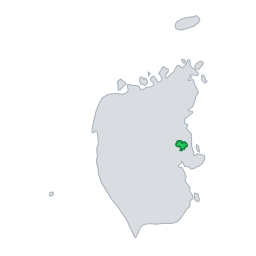 Cheongyang-gun, South Chungcheong, South Korea (highlighted), rotated 178°
{"feature_id": "91817680B7861346133014", "entity_name": "Cheongyang-gun", "entity_type": "district", "adm_level": 2, "iso_a3": "KOR", "parent_name": "South Korea", "parent_adm1": "South Chungcheong", "projection": "mercator", "projection_center": [126.839, 36.437], "detail": "fine", "context": "in_parent", "style": "filled", "palette": "green", "viewbox_px": 256, "rotation_deg": 178, "n_neighbors": 0, "source": "geoboundaries", "source_scale": "gbopen_adm2", "svg_char_len": 3948}
<svg xmlns="http://www.w3.org/2000/svg" viewBox="0 0 256 256"><g transform="rotate(178 128 128)"><path d="M67.7,53.2L68.7,52.5L68.8,51.3L68.8,47.6L71.7,45.1L75.8,39.8L77.8,36.9L80.1,34.1L82.7,32.3L85.3,31.5L89.4,31.1L97.2,31.5L98.8,31.1L104.2,30.9L105.5,31.3L109.4,31.6L113.8,31.3L116.0,30.5L118.1,29.2L119.9,26.8L121.7,22.3L123.7,18.8L124.8,18.1L132.9,36.8L140.5,48.9L147.0,57.6L156.4,74.2L159.1,83.1L159.3,88.6L160.9,96.1L159.6,100.4L160.0,107.2L159.4,110.7L158.2,113.2L158.2,118.1L158.6,120.8L158.6,124.2L159.3,125.6L160.4,126.1L162.1,124.8L164.1,124.3L163.8,128.5L161.3,139.0L159.1,146.6L156.1,153.3L152.4,159.3L147.9,161.7L144.7,162.6L138.7,162.9L133.6,161.8L129.3,162.6L127.6,163.9L126.3,166.0L127.2,169.4L127.1,171.8L125.3,171.6L121.6,170.2L117.6,170.0L115.7,169.3L113.7,165.8L111.8,165.9L108.4,168.0L103.2,168.4L101.4,169.6L100.7,171.0L101.5,172.9L104.1,175.3L103.2,177.8L100.5,179.0L98.3,176.0L96.9,173.0L95.4,172.9L93.0,173.7L92.5,176.9L93.6,179.1L95.5,181.6L92.9,184.5L92.2,186.6L90.4,188.1L85.4,184.8L86.1,182.4L88.3,180.2L88.6,177.8L87.9,176.4L80.8,182.3L76.4,189.0L74.0,188.5L73.1,186.8L71.7,186.1L67.0,190.4L66.1,193.9L64.4,194.0L63.6,192.5L63.6,189.4L62.7,186.8L57.9,183.0L55.6,179.7L56.8,177.8L60.9,178.8L64.2,178.7L63.5,177.1L62.5,176.4L64.6,175.5L66.4,173.7L64.9,173.2L62.6,174.2L60.7,173.7L60.0,169.3L57.7,164.8L56.5,160.5L58.8,157.9L59.9,154.0L62.0,148.3L63.1,146.5L66.0,145.2L67.1,143.7L65.5,142.9L62.9,142.3L63.0,140.6L64.7,139.7L66.7,137.9L70.5,135.7L71.6,131.5L70.6,130.5L68.2,129.5L68.7,127.4L69.7,125.8L69.3,124.8L66.5,122.1L64.7,119.6L65.2,116.8L64.8,112.5L65.1,108.9L64.9,106.9L63.6,102.5L62.9,98.1L61.1,98.7L59.7,99.8L54.5,98.3L52.9,98.2L52.2,94.9L54.1,90.8L58.5,87.2L61.0,86.8L62.9,85.2L65.9,84.7L69.5,87.2L72.7,87.6L74.5,91.8L75.6,92.7L75.8,91.2L78.4,89.4L79.0,88.0L78.4,87.3L75.4,86.5L72.8,81.3L72.4,79.0L71.4,77.6L72.9,73.4L69.8,68.6L68.3,67.1L68.5,62.8L66.9,60.1L66.0,58.6L65.4,56.0L65.9,54.8L67.3,54.3L67.7,53.2ZM57.7,237.0L56.2,237.9L54.8,237.4L54.5,237.0L52.8,234.7L52.4,233.6L53.5,231.4L58.0,227.7L69.8,224.2L71.9,224.1L76.5,225.6L77.5,228.4L76.6,230.8L75.6,232.4L70.2,235.1L66.0,236.4L57.7,237.0ZM136.9,174.7L133.8,177.2L129.6,173.8L128.6,172.0L131.8,169.3L134.5,166.3L136.2,166.1L136.9,174.7ZM114.7,174.4L114.3,178.3L112.0,178.5L110.6,176.0L109.2,177.2L108.4,177.2L107.2,174.1L107.0,171.7L109.8,169.8L111.4,170.9L113.8,171.5L114.7,174.4ZM54.6,191.7L52.5,192.4L51.3,191.0L50.5,190.6L51.0,188.8L54.4,185.3L55.1,184.1L58.2,184.8L59.4,186.7L57.9,189.5L54.6,191.7ZM64.0,55.1L63.9,60.6L62.1,60.4L60.8,59.8L60.3,58.7L59.1,53.7L60.4,51.6L63.1,53.2L64.0,55.1ZM52.6,177.4L52.2,178.3L50.7,178.1L49.3,175.3L48.7,173.1L47.2,171.9L49.5,170.0L52.5,173.4L52.6,177.4ZM60.6,106.3L60.2,108.9L58.0,107.2L57.4,101.4L59.6,103.1L60.6,106.3ZM208.2,65.8L206.7,67.0L205.0,65.8L204.7,64.5L205.7,63.4L207.8,62.7L208.8,63.7L208.2,65.8ZM71.6,192.8L72.2,194.7L69.5,194.3L68.1,192.5L68.3,191.0L69.9,190.7L71.6,192.8ZM106.0,182.0L105.6,183.2L103.9,181.4L105.6,179.3L106.0,182.0Z" fill="#d9dde1" stroke="#a8b0b8" stroke-width="1"/><path d="M76.5,103.8L75.4,103.5L74.6,103.8L74.5,104.2L74.5,104.9L73.4,105.2L72.4,104.9L72.3,105.6L72.0,105.9L71.7,106.1L71.6,106.5L71.5,106.8L71.4,107.1L71.2,107.3L70.9,107.3L70.6,107.3L70.3,107.4L70.0,107.4L69.7,107.5L69.4,108.0L69.3,108.3L69.6,108.6L69.7,109.0L69.7,109.5L69.7,109.9L70.0,110.1L70.5,110.5L70.8,111.1L70.9,111.3L71.4,111.4L71.6,112.0L72.1,112.1L73.0,112.2L73.4,111.9L73.5,111.5L73.8,111.3L74.2,111.0L74.8,110.9L75.0,111.2L74.7,111.5L74.5,111.8L74.6,112.1L75.0,112.1L75.1,112.5L75.2,113.1L75.5,113.4L76.0,113.3L76.5,113.1L76.9,113.3L77.1,113.6L77.5,113.6L78.0,113.3L78.4,113.1L78.9,113.0L79.5,112.9L79.5,112.2L79.5,111.5L79.8,111.1L80.4,110.8L80.7,110.4L80.7,109.9L80.7,109.4L80.6,108.9L80.0,108.3L79.4,108.1L78.8,107.7L78.3,107.7L77.9,108.0L77.3,108.0L76.9,107.7L76.7,107.1L76.5,106.5L76.1,105.7L76.1,105.3L76.2,104.1L76.5,103.8Z" fill="#22c55e" stroke="#15803d" stroke-width="1.5"/></g></svg>